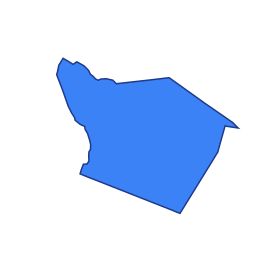 Alagoinha, Pernambuco, Brazil, rotated 123°
{"feature_id": "56859067B2538648753645", "entity_name": "Alagoinha", "entity_type": "district", "adm_level": 2, "iso_a3": "BRA", "parent_name": "Brazil", "parent_adm1": "Pernambuco", "projection": "natural_earth1", "projection_center": [-36.752, -8.511], "detail": "fine", "context": "isolated", "style": "filled", "palette": "blue", "viewbox_px": 256, "rotation_deg": 123, "n_neighbors": 0, "source": "geoboundaries", "source_scale": "gbopen_adm2", "svg_char_len": 826}
<svg xmlns="http://www.w3.org/2000/svg" viewBox="0 0 256 256"><g transform="rotate(123 128 128)"><path d="M122.1,216.9L131.7,203.7L142.2,190.1L146.1,183.5L148.4,178.4L150.3,176.6L151.0,170.1L150.3,165.1L152.5,163.2L154.7,158.8L156.5,156.7L158.7,154.0L162.1,150.4L166.3,147.8L169.0,147.8L171.7,146.5L177.1,142.7L180.5,142.8L182.7,145.7L189.0,144.3L192.6,143.2L191.0,134.8L189.7,128.7L172.8,45.7L172.0,41.2L171.3,37.9L153.7,38.3L140.1,38.6L114.2,39.2L99.2,39.6L90.9,42.3L73.4,47.7L71.4,43.0L68.0,35.6L67.3,39.2L66.4,43.0L65.4,77.4L63.4,120.9L75.8,135.8L97.2,161.9L96.2,166.8L97.4,170.1L98.6,173.2L101.8,177.5L104.1,178.9L104.6,181.8L103.7,185.2L103.4,188.8L101.2,192.4L99.8,198.8L100.4,207.0L104.5,208.7L104.6,214.5L104.9,220.4L113.0,220.2L119.4,217.7L122.1,216.9Z" fill="#3b82f6" stroke="#1e3a8a" stroke-width="1.5"/></g></svg>